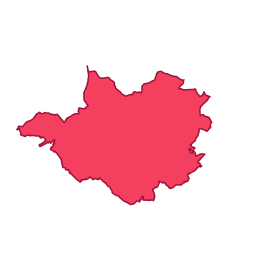 the district of Ticleni, Gorj, Romania, rotated 224°
{"feature_id": "2599482B86520086133698", "entity_name": "Ticleni", "entity_type": "district", "adm_level": 2, "iso_a3": "ROU", "parent_name": "Romania", "parent_adm1": "Gorj", "projection": "albers", "projection_center": [23.405, 44.879], "detail": "fine", "context": "isolated", "style": "filled", "palette": "rose", "viewbox_px": 256, "rotation_deg": 224, "n_neighbors": 0, "source": "geoboundaries", "source_scale": "gbopen_adm2", "svg_char_len": 5756}
<svg xmlns="http://www.w3.org/2000/svg" viewBox="0 0 256 256"><g transform="rotate(224 128 128)"><path d="M98.2,206.7L98.4,206.5L97.8,205.5L97.8,204.9L97.4,204.6L97.4,204.2L96.9,203.7L97.0,203.2L97.4,202.8L97.3,202.2L97.2,202.2L97.3,201.8L97.7,201.6L98.6,200.4L100.1,200.9L100.9,200.8L102.5,201.0L103.5,201.6L104.4,201.5L105.8,202.5L106.8,202.8L107.5,201.5L108.6,200.3L114.6,194.0L114.9,193.9L115.0,193.6L116.6,193.4L118.2,191.9L118.9,191.7L119.4,193.4L119.3,194.1L119.7,194.9L119.2,196.4L119.3,198.1L119.4,198.8L120.9,200.5L121.1,201.3L121.6,201.0L122.0,200.2L122.4,199.9L125.8,199.0L128.7,198.8L129.6,198.2L131.5,196.4L132.3,196.4L133.8,195.5L137.3,194.3L140.0,192.5L143.1,191.9L143.8,191.5L144.6,190.4L145.4,188.8L145.1,188.7L145.2,187.1L144.0,185.1L143.4,183.3L142.2,181.5L142.2,180.6L142.8,179.8L143.6,177.0L144.0,176.3L144.3,174.5L145.0,173.8L147.0,171.0L147.0,168.1L146.8,167.5L143.6,164.4L142.9,162.3L144.8,161.8L145.4,161.0L145.7,160.0L147.8,159.1L148.6,158.3L149.0,157.3L148.4,156.7L148.0,154.8L148.9,154.6L150.1,152.4L150.5,152.0L151.5,149.5L151.8,149.2L153.3,149.1L154.3,148.5L156.7,148.2L158.9,148.7L162.2,148.1L164.3,148.1L166.5,149.2L167.8,149.3L168.6,150.7L170.1,151.3L172.4,151.0L173.9,150.5L176.0,150.9L177.2,150.6L178.1,150.0L178.9,148.5L181.6,145.4L182.4,145.0L183.5,144.6L184.8,144.5L190.1,146.0L191.1,145.9L191.6,145.6L193.3,143.6L194.4,141.9L195.0,141.5L196.3,141.5L200.9,144.6L192.6,138.3L190.5,135.3L188.5,133.0L188.8,132.8L188.7,132.4L187.1,130.5L186.7,129.0L185.6,126.6L184.5,123.3L184.1,122.5L183.3,121.9L181.0,119.4L180.1,118.8L179.6,118.1L178.3,117.3L176.5,117.2L173.8,116.4L172.3,116.5L172.3,116.1L172.1,116.0L172.3,115.6L172.5,113.5L172.8,113.2L172.1,112.7L173.3,111.0L177.1,108.4L176.9,107.6L176.2,107.2L175.6,105.5L174.2,105.1L173.5,104.2L176.1,101.2L177.0,98.4L177.1,97.7L176.9,97.4L177.8,95.3L178.2,93.7L178.6,93.4L178.5,91.0L178.2,90.5L178.1,89.7L177.7,88.9L177.7,88.3L178.2,87.9L178.1,87.7L188.5,88.7L188.7,87.9L189.2,87.4L189.3,87.0L190.5,86.4L190.9,86.0L190.9,85.5L193.1,84.6L194.2,83.9L195.4,83.7L196.6,82.4L198.5,81.4L199.3,79.0L200.4,78.1L202.5,77.8L202.8,77.4L202.8,76.2L203.3,75.1L203.4,74.0L203.3,72.9L202.9,72.1L203.1,71.3L202.8,70.5L202.6,68.5L202.9,67.7L202.9,66.9L203.6,65.0L205.0,62.5L205.0,61.6L205.2,60.6L205.0,60.0L205.0,58.3L204.7,56.1L205.3,55.3L207.9,53.3L207.0,51.3L206.9,49.8L206.3,49.8L205.9,51.7L205.7,52.0L204.0,50.9L201.8,50.1L200.6,48.6L198.4,49.3L197.2,50.1L196.3,50.3L195.9,51.0L195.9,52.8L193.1,54.4L191.6,56.2L187.8,59.1L186.3,60.6L185.9,60.9L185.2,60.2L184.9,60.7L184.3,61.0L183.5,60.4L183.3,61.1L183.5,61.9L182.6,62.4L180.9,62.7L179.7,62.6L179.2,61.9L178.4,61.8L178.5,61.1L178.8,60.8L178.7,59.6L179.1,58.8L178.8,57.7L179.2,57.2L179.3,56.5L179.2,56.3L180.0,55.2L180.1,54.4L179.7,53.8L178.7,53.6L178.6,53.9L178.3,53.8L177.6,55.4L177.2,57.4L176.8,57.7L176.9,58.4L176.6,58.8L176.2,60.7L175.9,60.8L175.8,62.1L175.0,62.0L174.7,63.6L173.0,63.4L173.0,67.4L172.7,68.7L172.2,68.6L170.7,64.8L170.6,65.1L170.8,65.9L170.2,65.9L170.0,64.6L169.5,63.5L169.3,62.1L169.5,61.4L169.9,61.2L170.0,60.7L169.3,60.4L169.3,59.5L168.7,58.7L165.3,59.7L164.1,59.5L164.0,59.8L164.3,60.1L164.2,60.3L163.3,60.7L154.1,59.0L151.7,57.0L147.4,54.4L146.6,55.0L145.2,55.7L144.4,55.2L144.1,54.7L143.8,54.7L141.6,56.1L142.0,56.4L142.0,56.7L139.4,55.8L138.4,55.9L138.2,55.5L138.6,55.1L137.6,55.1L136.9,55.5L131.1,55.3L127.2,55.6L125.4,56.0L124.9,55.8L124.7,57.6L125.7,57.9L125.6,58.2L125.1,58.4L124.1,59.9L123.6,60.1L123.0,61.3L123.1,62.0L122.4,61.9L122.3,62.3L122.5,62.6L121.6,63.3L121.5,65.9L120.9,65.9L120.5,66.6L118.9,66.6L117.8,66.4L117.3,66.5L117.4,67.4L117.2,68.0L116.8,68.1L116.1,68.9L114.2,69.9L113.3,70.7L113.6,70.9L113.8,71.3L113.7,72.3L111.9,72.5L108.5,72.3L107.0,72.6L103.6,72.6L101.7,72.2L99.6,73.0L98.7,72.2L96.0,71.8L94.7,70.7L93.7,70.5L89.3,71.4L87.7,72.7L86.2,72.2L80.4,72.6L75.9,74.1L73.0,74.6L72.0,76.3L71.4,77.0L71.1,78.1L70.9,80.3L71.1,81.1L70.9,81.7L69.3,83.3L69.0,83.4L68.6,82.8L68.4,83.1L68.5,83.6L69.4,84.7L69.1,85.2L69.6,85.3L69.8,85.8L69.9,86.6L69.8,87.4L70.0,88.9L69.2,89.3L67.8,86.6L67.2,86.8L66.0,87.5L64.8,89.1L64.2,89.2L63.2,89.9L60.4,93.2L59.3,93.5L60.0,95.3L61.3,97.4L62.2,97.9L63.4,99.1L65.7,100.0L66.7,100.1L67.6,100.9L67.0,101.2L67.5,102.7L66.6,104.3L65.9,106.0L66.8,108.7L67.3,109.7L67.3,110.1L67.8,110.2L68.5,111.3L66.4,112.2L64.8,112.5L64.6,113.7L63.5,113.8L63.4,114.1L62.6,114.3L61.6,113.7L60.4,113.4L59.7,114.0L56.3,113.5L54.6,115.2L54.3,116.5L53.9,120.2L53.6,121.1L52.1,122.1L50.4,123.7L50.0,125.5L50.3,128.2L49.5,129.5L49.3,129.2L49.3,129.7L48.5,130.3L48.1,131.0L49.1,134.2L51.9,135.2L53.0,137.1L52.3,137.0L50.2,144.5L50.5,145.5L50.3,146.6L50.7,148.6L49.6,150.1L49.0,150.2L48.7,150.7L48.6,151.6L48.8,151.9L49.2,151.9L50.5,151.4L51.4,152.5L54.0,151.8L54.3,154.6L54.6,162.3L56.5,161.1L58.0,159.3L58.9,156.4L59.8,155.0L60.3,155.0L61.7,156.5L64.0,157.1L65.2,156.5L64.7,155.4L64.2,155.0L64.2,154.5L64.4,154.1L66.1,153.7L66.5,153.9L67.0,155.0L68.0,155.9L68.5,155.6L69.0,154.6L69.6,155.3L68.6,156.4L67.6,156.4L66.9,155.7L65.8,156.2L65.7,156.6L65.5,156.8L66.2,160.2L69.0,158.9L71.3,159.1L71.0,159.9L71.2,162.2L70.9,164.3L70.9,165.9L71.9,167.4L72.3,169.1L72.1,170.0L72.4,171.1L73.4,172.7L74.2,174.5L75.6,176.2L76.0,177.8L74.4,178.3L71.9,179.7L69.1,180.4L68.9,181.9L69.2,184.1L69.2,184.8L68.8,185.7L70.5,186.9L71.6,188.7L71.7,190.2L72.8,190.4L74.8,191.3L76.0,191.3L77.1,191.8L78.8,191.2L79.4,190.4L80.1,190.4L80.5,190.0L81.7,189.8L82.4,190.0L83.1,189.9L83.5,189.6L83.6,189.0L84.3,188.2L84.5,187.7L85.1,187.5L88.8,190.8L90.7,194.1L90.4,195.6L90.6,196.3L90.5,198.0L90.6,198.6L90.2,200.0L90.5,200.9L90.5,201.8L90.2,202.3L90.3,203.7L90.6,204.0L90.6,204.6L91.0,205.7L90.8,206.7L90.9,207.4L94.1,206.0L95.1,205.8L96.0,205.9L98.2,206.7Z" fill="#f43f5e" stroke="#9f1239" stroke-width="1.5"/></g></svg>